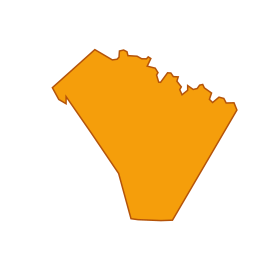 Burnet, Texas, United States of America (Mercator projection), rotated 121°
{"feature_id": "52423323B41129730997096", "entity_name": "Burnet", "entity_type": "district", "adm_level": 2, "iso_a3": "USA", "parent_name": "United States of America", "parent_adm1": "Texas", "projection": "mercator", "projection_center": [-98.33, 30.731], "detail": "fine", "context": "isolated", "style": "filled", "palette": "amber", "viewbox_px": 256, "rotation_deg": 121, "n_neighbors": 0, "source": "geoboundaries", "source_scale": "gbopen_adm2", "svg_char_len": 745}
<svg xmlns="http://www.w3.org/2000/svg" viewBox="0 0 256 256"><g transform="rotate(121 128 128)"><path d="M132.4,213.6L139.2,202.0L139.1,193.6L133.0,197.2L150.7,158.0L171.8,112.6L204.2,78.7L201.4,72.2L190.4,52.1L184.1,42.4L56.5,43.9L51.8,50.1L56.0,56.7L53.3,61.1L54.7,65.9L62.6,68.6L61.5,73.0L55.0,74.4L54.3,83.2L52.2,86.4L54.4,88.7L58.5,89.0L61.4,92.0L60.9,98.7L64.9,96.3L71.7,98.8L68.5,103.4L65.3,103.5L62.7,110.2L58.3,111.3L60.6,115.6L58.8,119.6L60.3,122.5L72.1,123.6L72.9,125.3L67.9,130.8L65.1,130.8L62.7,135.5L65.1,143.4L56.7,144.2L56.6,147.3L59.2,147.8L61.6,151.9L61.8,157.2L66.0,165.3L63.2,168.1L63.4,171.9L66.4,175.0L71.9,172.2L74.7,172.8L77.7,176.5L77.9,196.8L132.4,213.6Z" fill="#f59e0b" stroke="#b45309" stroke-width="1.5"/></g></svg>